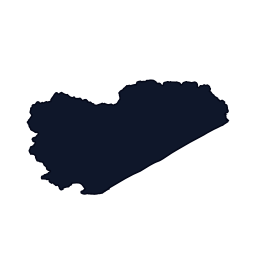 Thai Mueang, Phangnga, Thailand, rotated 253°
{"feature_id": "78962969B58912985430788", "entity_name": "Thai Mueang", "entity_type": "district", "adm_level": 2, "iso_a3": "THA", "parent_name": "Thailand", "parent_adm1": "Phangnga", "projection": "natural_earth1", "projection_center": [98.313, 8.477], "detail": "fine", "context": "isolated", "style": "filled", "palette": "ink", "viewbox_px": 256, "rotation_deg": 253, "n_neighbors": 0, "source": "geoboundaries", "source_scale": "gbopen_adm2", "svg_char_len": 5736}
<svg xmlns="http://www.w3.org/2000/svg" viewBox="0 0 256 256"><g transform="rotate(253 128 128)"><path d="M133.7,27.0L131.4,27.5L131.4,28.1L130.4,30.2L129.9,30.7L128.8,31.3L128.3,31.5L126.6,31.1L123.4,31.5L123.1,31.8L122.7,32.7L122.3,33.3L121.6,33.9L121.3,34.6L121.1,35.2L120.8,35.6L120.1,36.6L119.5,36.8L116.9,37.1L115.1,38.4L114.6,38.6L112.7,38.4L112.1,38.5L111.0,39.4L110.3,40.8L109.9,41.2L109.5,41.2L109.1,40.9L108.7,40.2L108.5,39.1L108.2,38.6L107.5,37.9L107.5,37.5L107.7,37.0L107.4,35.2L107.6,34.5L107.5,34.2L106.9,33.5L107.0,31.7L106.7,31.3L106.1,30.9L105.2,30.7L104.6,30.8L104.5,31.0L104.3,31.9L103.3,34.6L102.6,35.2L102.2,37.0L102.0,37.4L101.3,37.5L99.9,37.2L99.5,37.3L98.7,37.9L97.6,38.9L97.7,40.0L97.4,40.4L96.6,40.9L96.0,41.0L95.4,41.6L94.3,42.2L94.0,43.1L94.2,43.8L94.0,44.2L93.6,44.4L92.9,44.8L92.3,44.8L92.0,45.1L90.4,44.9L89.5,45.2L88.7,45.7L88.5,46.0L88.4,46.5L88.6,47.9L89.4,48.0L89.7,49.1L89.7,51.6L89.5,52.9L89.2,54.0L89.4,54.5L89.9,54.8L90.1,55.2L90.4,57.3L91.2,57.5L91.4,57.6L91.6,58.2L91.5,59.2L90.7,62.9L89.7,65.5L88.0,67.2L86.8,67.8L82.4,69.3L80.9,66.4L81.0,66.3L81.1,65.9L80.9,64.7L80.6,64.5L79.7,64.3L78.9,65.0L78.1,66.1L77.5,67.5L77.3,70.1L76.8,70.8L76.3,72.2L76.3,72.8L75.8,73.2L76.0,73.6L75.9,73.9L75.6,74.1L75.7,74.4L75.3,74.8L74.5,76.9L74.5,77.5L74.2,78.2L74.3,79.0L74.2,79.1L74.0,79.8L74.1,80.3L73.9,81.2L73.7,81.6L73.5,83.6L73.6,83.8L73.4,84.1L73.4,84.6L73.7,84.9L73.7,85.3L73.9,85.6L74.1,86.5L74.5,86.8L74.2,86.9L74.2,87.3L74.7,88.3L74.9,89.5L75.4,90.9L75.3,91.1L75.5,91.3L75.4,91.5L75.4,92.0L75.8,92.0L76.0,92.2L76.0,92.4L76.3,92.6L76.7,94.3L80.6,110.7L82.3,119.5L83.3,127.2L86.0,137.6L86.9,142.0L87.3,144.5L87.6,148.4L87.8,149.6L88.5,152.5L91.4,162.3L92.8,167.9L96.3,183.1L99.3,198.3L100.3,202.3L101.8,209.9L102.3,213.4L103.0,217.5L103.1,219.4L103.7,221.0L104.9,225.2L105.1,225.4L105.5,225.4L105.9,226.1L106.2,225.9L106.7,225.3L106.8,224.9L106.9,225.0L106.9,225.4L107.1,225.5L107.2,225.4L107.1,225.1L107.4,224.8L107.6,225.1L108.4,224.6L108.9,224.7L109.5,224.5L110.3,224.9L111.0,224.8L111.2,225.0L111.7,225.0L112.3,224.6L112.5,224.7L112.5,224.8L112.7,224.5L113.0,224.4L113.1,224.5L113.1,225.2L113.6,225.6L113.6,225.9L113.8,226.4L113.9,227.7L114.2,227.8L114.6,228.5L115.0,228.7L116.0,228.7L116.3,228.2L116.5,228.2L116.9,228.5L117.4,228.4L117.9,228.8L120.7,229.1L121.3,228.8L122.2,227.7L122.7,227.4L123.6,227.4L124.5,227.9L126.2,226.8L126.8,226.2L126.9,225.5L126.7,224.4L127.2,223.6L128.1,223.2L128.6,222.7L129.3,222.4L130.4,222.3L130.8,221.8L131.3,221.4L132.0,220.7L132.5,220.2L133.5,219.7L134.3,219.6L135.5,218.6L136.7,218.1L137.9,217.8L139.3,216.7L139.6,216.8L140.5,217.7L141.6,218.2L142.3,217.9L143.9,217.9L144.9,217.3L145.8,216.5L145.9,214.5L146.8,213.7L146.9,213.1L146.5,211.8L146.5,211.2L147.1,210.1L147.2,209.6L146.5,208.7L145.9,207.6L146.6,206.7L147.2,206.2L148.2,206.7L149.5,207.0L150.6,206.8L151.3,206.5L151.6,206.2L152.2,205.5L152.4,205.1L152.6,202.1L154.1,199.4L154.3,198.3L155.0,197.7L155.2,197.3L155.1,194.2L153.8,192.4L153.7,191.3L154.0,190.9L155.3,190.8L156.0,190.4L157.4,188.3L157.8,187.6L157.8,186.6L158.3,185.6L158.8,183.9L159.3,182.6L159.8,182.0L159.6,180.5L159.8,180.2L160.4,180.0L160.7,179.3L160.6,178.0L160.8,176.7L160.7,175.6L160.2,175.1L158.7,174.5L158.5,174.0L158.6,173.4L158.9,172.7L159.2,172.4L160.8,171.8L161.6,171.0L161.7,170.7L161.7,169.9L162.5,168.4L164.1,168.0L164.9,167.2L165.8,166.5L166.2,165.9L167.0,163.9L167.3,162.7L167.4,161.3L167.9,160.0L167.9,159.6L167.4,158.9L167.4,157.9L168.0,156.2L168.2,154.6L168.5,154.1L169.0,153.7L169.1,153.4L169.3,151.4L169.1,150.0L168.4,149.6L166.9,148.3L167.3,147.5L167.5,146.1L167.6,144.2L167.4,143.1L168.1,142.1L168.3,141.6L168.4,140.1L168.7,139.0L168.0,138.4L168.0,137.7L167.4,136.9L167.0,135.5L165.9,134.1L165.7,132.6L165.4,131.5L164.1,129.6L163.8,129.8L163.5,129.9L163.0,129.8L162.0,129.5L159.8,129.4L158.3,129.0L157.6,128.5L156.5,126.9L155.3,125.7L154.8,125.1L154.2,123.6L154.3,122.2L154.0,120.7L155.0,119.4L155.7,118.9L155.8,116.6L155.9,116.1L156.5,114.8L157.0,114.3L157.3,113.5L158.2,112.9L158.2,111.6L159.1,110.5L158.9,109.3L158.8,104.6L158.9,104.1L159.3,103.5L159.5,102.7L159.8,102.4L160.8,102.2L161.2,101.9L161.8,100.7L163.6,99.7L163.9,98.3L164.5,97.6L164.7,97.0L165.2,97.2L166.1,96.9L166.8,96.4L167.3,96.2L167.5,95.8L167.4,95.3L167.7,94.8L167.5,93.2L167.7,92.3L168.1,91.9L169.8,91.3L170.4,90.8L170.6,89.8L170.5,88.8L171.1,87.9L171.3,86.4L171.7,86.0L173.0,85.8L173.3,85.5L173.4,85.0L173.1,84.0L173.1,83.6L174.0,82.3L174.7,81.5L175.2,81.2L175.8,80.7L177.6,79.8L177.8,78.6L178.0,78.2L179.6,76.3L181.3,74.9L181.2,73.4L180.4,72.2L180.4,71.8L180.5,71.6L181.1,71.2L181.4,70.8L181.8,70.7L182.4,70.3L182.6,69.8L182.6,69.3L182.3,68.7L181.3,67.2L180.4,66.3L178.8,64.1L177.6,62.7L176.9,62.6L176.6,62.5L176.0,60.9L176.2,59.9L176.1,58.7L176.7,58.0L177.0,57.5L176.8,56.4L176.6,54.4L176.8,53.9L177.4,53.4L177.1,52.4L177.1,51.8L177.6,50.7L177.9,50.5L178.8,50.3L179.0,50.1L179.3,49.4L179.4,49.0L179.2,48.3L178.0,46.8L177.6,46.0L177.6,45.0L177.9,44.1L177.8,43.6L177.1,42.8L176.1,42.6L175.8,42.4L175.5,41.8L175.4,40.9L173.9,40.4L172.7,39.6L171.5,39.0L170.7,39.2L168.7,39.9L168.1,39.8L167.1,38.9L166.5,37.9L165.8,37.5L165.4,36.7L164.8,36.1L164.6,35.3L163.7,34.8L163.5,34.5L163.2,33.7L162.7,33.5L162.1,33.8L161.1,33.9L160.5,34.4L159.0,34.1L158.1,34.1L156.5,34.6L155.0,34.7L154.4,35.0L153.2,36.3L151.9,37.5L151.2,37.9L150.6,38.8L150.7,39.6L150.4,40.2L149.8,40.5L148.5,40.6L148.1,40.3L147.4,38.8L145.9,36.7L146.2,35.9L146.3,35.6L146.0,33.8L145.1,33.1L144.8,33.1L144.1,33.4L143.2,33.3L142.8,33.6L142.1,34.8L141.8,35.1L141.5,35.2L141.0,35.1L139.9,34.2L139.4,33.2L138.5,33.0L138.6,31.7L138.2,30.8L138.4,30.1L138.3,29.5L137.1,28.5L136.4,28.3L135.8,27.4L135.3,27.0L134.8,26.9L133.7,27.0Z" fill="#0f172a" stroke="#020617" stroke-width="1.5"/></g></svg>